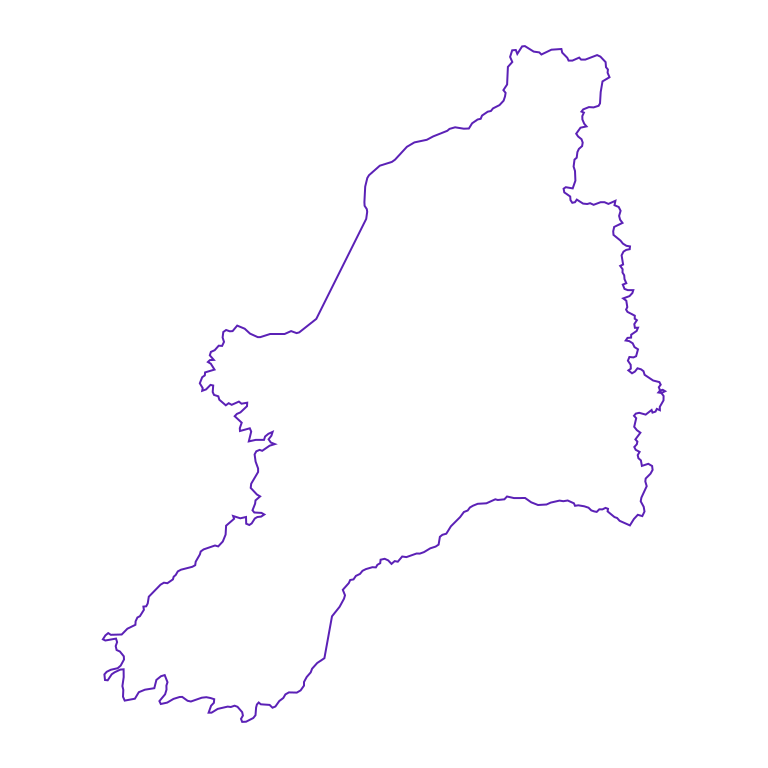 Jaciara, Mato Grosso, Brazil
{"feature_id": "56859067B94463601942766", "entity_name": "Jaciara", "entity_type": "district", "adm_level": 2, "iso_a3": "BRA", "parent_name": "Brazil", "parent_adm1": "Mato Grosso", "projection": "albers", "projection_center": [-55.21, -15.967], "detail": "fine", "context": "isolated", "style": "outline", "palette": "violet", "viewbox_px": 768, "rotation_deg": 0, "n_neighbors": 0, "source": "geoboundaries", "source_scale": "gbopen_adm2", "svg_char_len": 6095}
<svg xmlns="http://www.w3.org/2000/svg" viewBox="0 0 768 768"><path d="M210.9,351.9L209.8,355.3L213.8,359.9L209.9,360.1L207.9,362.0L210.8,363.7L214.5,369.6L205.1,372.4L204.8,375.4L202.2,377.2L199.8,383.3L202.7,388.1L202.2,390.8L206.1,389.4L210.5,384.9L213.2,385.5L212.7,392.0L214.0,394.9L218.3,396.3L219.3,399.7L225.8,405.3L228.7,403.2L231.7,404.8L238.9,401.6L241.5,403.7L247.2,402.7L247.0,406.2L240.4,412.4L236.9,413.9L234.7,416.2L241.7,422.7L239.8,428.2L240.0,431.0L249.8,428.3L251.2,431.6L248.8,441.4L255.6,439.9L264.0,439.9L265.1,436.5L268.4,433.8L272.6,431.9L271.4,435.7L268.6,439.3L270.8,442.5L274.8,444.1L269.6,445.7L262.2,450.8L259.6,449.9L256.3,451.3L254.6,454.4L255.6,461.6L258.1,468.5L258.1,472.0L251.2,483.7L250.7,487.9L256.9,494.5L260.1,496.4L255.5,500.4L255.1,503.7L252.5,510.3L254.3,512.5L261.5,512.9L264.3,514.5L261.1,516.6L257.4,517.0L254.8,518.5L251.7,523.4L249.3,525.0L246.2,523.7L246.0,517.0L240.3,518.3L233.1,516.0L234.1,518.8L226.1,525.7L225.6,534.6L222.8,541.5L218.2,546.4L215.0,545.5L203.6,549.4L200.7,551.5L199.9,554.4L195.7,561.7L195.2,565.2L192.3,566.8L181.0,569.7L177.8,571.4L175.7,575.0L173.7,576.7L172.9,579.4L167.4,583.2L163.9,582.7L160.5,584.7L148.8,596.7L147.7,603.5L146.2,606.3L143.4,606.6L143.9,609.8L139.9,616.2L137.4,617.5L135.6,621.3L135.4,624.8L127.4,628.7L121.7,634.5L110.8,634.8L108.2,633.1L105.4,635.4L102.9,639.3L105.3,640.5L116.0,638.6L117.1,642.1L115.7,646.1L116.6,650.0L119.9,651.5L123.8,656.3L124.0,659.5L120.7,665.6L117.7,668.2L110.7,669.8L106.7,671.8L104.4,674.4L105.0,680.0L107.7,680.3L111.7,674.3L114.6,672.3L120.3,669.6L123.6,669.3L123.7,677.1L122.4,686.1L123.3,689.9L123.0,696.7L124.7,700.6L134.9,698.7L138.8,692.2L144.9,689.7L154.3,688.2L156.4,679.9L161.0,676.2L164.7,675.1L167.5,682.2L166.4,685.6L166.5,689.6L165.1,694.3L159.4,701.1L160.8,704.0L167.2,702.6L173.5,698.9L179.6,697.0L182.2,696.9L187.6,700.8L190.9,701.5L201.8,697.7L206.3,697.2L210.4,698.0L214.2,699.2L213.9,702.8L211.1,705.7L208.6,712.7L211.5,712.7L217.7,708.9L227.7,706.6L230.8,707.0L234.6,705.7L237.5,706.8L242.2,712.2L242.9,715.6L241.0,718.9L242.2,721.9L246.1,721.7L253.3,718.0L255.5,715.2L256.1,707.5L256.9,704.5L258.7,702.5L260.8,704.3L269.6,704.9L272.5,707.7L275.4,706.5L279.3,701.0L283.3,698.0L285.4,694.4L288.9,692.4L296.8,692.6L300.6,690.4L304.0,685.6L304.0,682.0L306.7,677.0L310.7,672.4L312.1,668.7L317.2,663.0L324.4,658.2L332.0,616.3L339.6,606.8L344.0,598.7L345.0,595.3L342.8,589.8L348.8,583.1L350.2,580.0L353.5,579.4L355.9,575.9L360.0,573.9L362.5,570.8L365.9,569.1L372.4,567.2L375.9,567.4L377.4,564.8L380.2,563.2L380.6,559.7L384.7,558.8L388.2,560.4L391.5,563.9L394.7,561.1L397.8,561.7L402.2,556.5L406.4,557.1L416.6,553.5L419.8,553.6L424.0,552.1L430.3,548.3L435.6,546.6L438.6,544.6L439.9,536.8L442.4,534.8L446.3,533.7L450.9,526.3L460.1,517.1L463.9,512.0L467.7,510.5L469.9,507.5L473.0,505.7L477.7,503.8L486.4,503.3L495.3,499.3L497.8,500.0L504.4,499.3L507.0,496.5L514.1,498.1L525.1,498.0L531.2,502.3L538.0,505.0L546.5,504.5L550.7,502.6L559.5,500.6L563.3,501.2L567.7,500.5L573.9,503.3L575.0,505.8L578.3,505.3L584.3,506.3L588.5,507.7L591.3,510.4L594.2,511.4L596.7,511.9L599.3,509.3L602.4,509.4L605.5,507.9L608.0,508.8L607.6,511.4L614.5,517.1L617.1,518.0L619.6,520.8L629.9,525.4L633.9,519.0L637.8,514.8L642.3,516.1L644.5,511.5L643.7,506.8L640.7,501.3L641.4,497.6L646.7,486.2L645.3,481.4L645.7,478.5L650.5,473.7L652.6,469.9L652.1,466.0L648.3,463.8L641.9,465.9L640.9,460.4L638.4,458.2L637.7,455.1L639.6,451.9L635.7,449.8L634.3,447.0L636.8,444.3L637.4,441.6L635.4,439.4L640.4,432.7L636.9,430.2L634.2,426.8L636.2,418.2L634.0,415.8L635.8,413.6L639.2,412.8L645.7,414.6L651.6,410.0L652.5,412.6L655.5,411.6L656.8,408.9L659.9,410.2L659.8,406.8L663.5,400.4L663.6,396.0L661.4,393.0L658.4,392.5L660.1,390.5L658.8,387.2L660.7,384.7L659.4,382.1L653.1,380.5L644.6,374.8L643.5,371.2L641.0,369.3L637.5,368.3L634.9,371.6L632.0,373.3L628.4,370.4L630.8,368.7L630.7,364.8L627.9,360.7L629.4,357.0L633.5,357.4L636.1,356.2L638.0,349.3L634.5,347.1L632.7,343.3L629.2,341.1L625.7,340.5L627.5,337.9L631.1,337.6L631.2,334.7L636.6,331.0L638.0,327.7L634.9,327.8L634.3,324.1L636.9,320.2L634.7,318.7L634.8,315.7L627.5,311.9L626.1,309.6L627.3,307.1L626.3,300.7L623.2,298.4L629.5,296.1L632.4,293.0L633.3,290.1L627.7,290.1L624.5,288.9L622.8,284.6L626.3,283.2L624.5,279.1L624.2,275.3L622.5,272.5L622.6,269.2L620.2,265.9L623.1,264.5L621.6,255.3L623.5,251.6L626.2,249.9L629.7,249.2L630.0,246.4L626.4,245.8L622.9,243.6L620.5,240.6L613.5,234.9L613.2,231.3L614.2,226.9L622.5,222.9L620.1,219.7L619.1,215.9L620.6,210.8L618.7,207.0L614.5,205.2L615.4,200.8L608.4,203.9L604.5,202.2L600.6,202.2L593.6,204.8L590.1,203.2L587.2,204.0L583.1,203.6L576.8,199.6L575.0,202.2L572.3,202.8L570.5,200.1L570.2,196.5L564.3,192.4L563.6,188.7L565.8,187.2L572.7,188.4L575.4,180.7L575.0,171.0L573.6,166.6L574.5,159.6L576.7,157.7L577.4,152.1L578.9,148.9L582.1,146.1L582.7,142.6L581.5,139.2L578.1,136.5L576.2,133.7L580.5,127.7L586.5,126.4L584.2,123.7L582.4,119.5L582.3,116.1L583.9,112.6L581.5,111.6L583.2,109.4L588.9,107.1L593.6,107.4L598.6,105.8L600.0,103.4L600.7,92.0L602.5,81.4L609.5,77.2L607.6,72.8L607.9,69.5L606.0,67.2L605.6,62.1L600.4,56.6L597.1,55.1L585.3,59.6L581.1,59.6L579.2,57.6L572.4,60.6L568.6,60.6L567.3,57.8L562.2,52.6L561.4,49.0L551.4,49.7L541.4,54.5L539.3,52.4L533.7,51.6L524.9,46.1L522.1,46.4L517.3,53.9L515.8,50.0L512.2,50.3L510.1,56.9L512.3,62.0L507.9,66.9L507.1,84.5L503.4,90.1L505.6,92.9L505.0,96.5L503.6,100.7L499.5,105.1L493.0,108.4L490.9,111.0L487.7,111.7L482.0,115.6L480.7,118.8L477.6,119.5L472.1,123.3L468.9,128.5L463.8,128.7L455.1,127.3L449.5,128.9L447.3,130.8L433.2,136.4L426.8,139.8L414.4,142.4L406.9,146.8L395.0,159.7L391.9,161.9L379.8,165.7L369.0,175.2L367.3,178.0L365.2,186.6L364.4,202.1L364.6,205.8L366.8,209.1L367.2,211.8L366.2,218.9L316.3,318.9L299.2,332.4L296.6,333.1L291.1,331.1L284.6,334.0L270.1,334.0L260.4,337.1L257.7,337.1L250.0,333.6L244.7,328.7L237.2,325.6L232.6,331.1L229.8,331.3L226.1,330.0L223.3,332.0L222.6,337.5L224.0,341.9L222.1,345.9L218.7,345.7L214.7,350.2L210.9,351.9ZM661.4,393.0L665.1,391.2L662.7,389.8L660.1,390.5L661.4,393.0Z" fill="none" stroke="#5b21b6" stroke-width="2"/></svg>